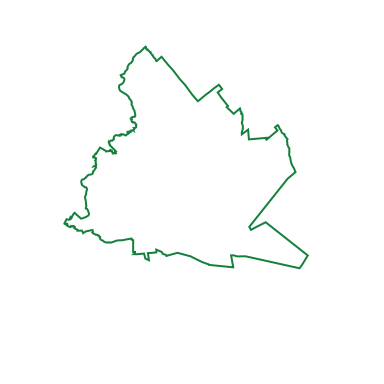 Hobart, Tasmania, Australia (orthographic projection), rotated 220°
{"feature_id": "25037944B41007206704884", "entity_name": "Hobart", "entity_type": "district", "adm_level": 2, "iso_a3": "AUS", "parent_name": "Australia", "parent_adm1": "Tasmania", "projection": "orthographic", "projection_center": [147.328, -42.894], "detail": "fine", "context": "isolated", "style": "outline", "palette": "green", "viewbox_px": 384, "rotation_deg": 220, "n_neighbors": 0, "source": "geoboundaries", "source_scale": "gbopen_adm2", "svg_char_len": 6014}
<svg xmlns="http://www.w3.org/2000/svg" viewBox="0 0 384 384"><g transform="rotate(220 192 192)"><path d="M62.5,217.8L116.1,216.2L120.1,206.9L122.5,200.9L125.7,202.1L127.3,263.7L125.5,273.8L126.3,274.0L128.0,275.1L129.1,275.7L132.1,276.7L133.4,277.3L136.1,279.1L139.2,281.8L140.7,282.2L142.5,284.2L143.0,285.2L143.8,285.8L144.9,287.4L145.7,288.1L147.0,288.3L148.1,289.0L149.4,289.5L151.2,291.6L152.2,292.1L152.8,293.9L153.2,294.1L154.6,294.0L156.1,294.6L157.4,294.7L157.8,295.0L158.0,295.6L158.5,295.8L160.1,295.2L161.4,295.2L163.8,296.6L165.3,296.8L168.5,298.3L169.3,298.3L170.0,294.9L166.1,294.0L168.5,280.0L169.5,280.2L169.5,281.6L182.2,268.9L189.1,275.8L190.9,268.2L191.9,269.3L192.8,271.0L193.7,273.2L195.4,275.1L196.3,275.8L196.9,276.1L197.2,276.5L198.2,276.8L198.7,277.7L198.8,278.5L199.6,279.4L199.9,280.3L201.0,281.2L201.7,282.3L203.4,283.9L204.3,283.4L204.5,283.4L204.8,283.8L205.0,284.7L205.2,284.9L206.6,284.9L207.7,286.0L209.0,286.8L210.3,278.7L220.0,279.3L219.7,281.0L230.2,283.1L236.3,284.8L235.4,288.8L235.1,290.3L240.3,291.4L241.8,285.7L242.9,279.6L243.9,275.8L245.5,266.8L245.9,265.3L254.4,266.7L266.3,269.6L273.7,270.6L284.9,273.1L291.7,274.0L302.3,276.0L303.2,269.6L303.6,269.4L305.9,270.5L307.8,270.5L308.6,270.9L309.8,271.1L309.9,271.5L310.4,271.4L311.3,271.5L311.8,271.8L313.0,271.8L313.7,272.5L314.3,272.1L315.7,272.5L317.2,272.1L317.7,272.6L318.0,272.2L318.6,272.1L319.0,272.2L320.5,273.5L321.0,273.5L321.1,273.0L321.0,272.2L321.4,271.0L321.3,269.8L321.6,268.1L321.6,266.6L322.0,265.0L322.7,263.8L322.7,263.6L323.1,262.7L323.3,261.5L323.2,258.3L323.4,257.9L323.2,257.8L323.0,255.9L322.4,255.5L322.0,255.0L321.8,253.7L321.7,251.5L322.3,250.0L322.3,248.7L321.8,246.2L320.8,245.5L320.6,244.8L320.4,243.4L320.7,242.1L320.7,241.1L320.0,239.9L320.0,239.2L320.3,238.3L320.9,237.1L321.2,236.9L321.8,235.7L319.7,234.7L319.0,235.2L317.5,235.5L316.7,235.3L316.0,234.7L315.2,232.9L315.0,231.8L315.0,230.2L316.2,227.2L316.0,226.3L315.5,225.6L313.5,223.9L312.5,223.5L310.9,223.5L305.1,224.4L303.1,224.4L301.3,224.1L300.2,223.3L297.8,223.0L296.2,222.4L295.9,221.8L295.2,221.4L295.0,221.1L295.0,220.8L294.7,220.6L294.3,220.0L293.9,219.8L292.5,219.4L290.7,218.1L288.4,217.3L285.4,215.0L284.2,213.6L284.3,212.7L284.7,212.4L284.8,212.4L285.5,211.6L286.1,210.3L285.9,209.7L286.3,209.1L286.1,208.7L285.6,208.7L285.0,209.0L284.6,208.9L284.6,208.3L284.2,207.7L282.9,207.1L281.9,207.4L282.0,207.8L281.7,207.9L281.3,207.8L280.6,208.3L280.4,208.1L278.2,207.9L277.8,207.6L277.6,206.9L277.3,206.8L276.4,205.7L276.7,205.2L276.6,204.9L277.4,204.0L276.9,204.0L276.9,203.8L277.0,203.6L276.8,203.4L276.8,203.0L276.6,203.0L276.1,202.5L276.7,202.7L277.0,202.0L276.4,201.6L276.7,201.6L277.1,201.1L277.6,199.7L277.4,199.3L277.5,199.1L277.9,199.0L278.2,199.5L278.2,199.8L278.4,199.7L278.4,198.5L278.0,198.3L277.9,197.0L278.1,196.7L278.4,196.7L279.7,197.2L279.9,197.0L280.1,196.7L280.1,196.4L279.8,196.2L278.6,195.9L278.4,195.8L278.4,195.2L279.1,193.6L278.9,193.0L279.2,192.7L280.9,192.3L281.6,192.0L281.8,191.6L282.4,191.5L282.7,190.9L282.9,191.0L283.0,190.4L283.0,190.0L283.5,190.2L283.9,190.1L283.9,189.8L283.3,189.0L283.7,188.5L284.2,188.8L284.4,188.6L284.7,188.2L284.8,187.9L286.2,187.2L287.1,186.2L287.2,185.4L287.2,183.9L286.9,183.3L285.9,182.5L285.7,181.9L286.1,181.6L286.0,180.9L286.1,180.1L286.4,179.8L287.3,179.3L287.5,177.2L287.4,176.6L287.8,176.7L287.6,176.4L285.4,175.6L285.5,175.2L285.0,175.0L277.2,174.4L277.1,174.0L276.2,174.0L276.3,173.7L277.0,173.7L277.0,173.4L276.3,173.3L276.2,173.1L275.2,172.7L275.5,172.2L276.6,172.5L276.8,172.1L276.5,172.0L277.5,170.5L280.0,172.1L280.7,171.1L281.5,171.8L281.8,171.4L281.5,170.4L283.9,167.8L284.7,168.1L291.0,166.9L290.0,159.6L290.6,159.4L290.1,155.9L290.5,155.8L290.4,155.2L290.0,155.0L288.6,155.7L288.7,155.8L288.3,156.1L287.3,156.2L287.2,155.8L286.7,155.3L286.5,154.3L286.2,154.5L285.8,154.0L285.9,153.9L284.9,153.1L284.3,152.0L283.8,152.0L283.2,151.2L282.8,151.2L282.6,150.8L282.6,150.4L283.7,148.9L283.7,148.6L282.9,149.7L281.8,149.5L281.7,149.3L281.3,149.2L281.1,148.8L281.2,148.2L280.8,145.4L281.0,144.3L280.8,144.0L280.8,143.7L280.3,143.2L280.0,142.2L280.0,141.8L280.6,140.5L282.1,138.9L282.4,138.4L282.4,137.5L282.6,137.2L282.5,136.3L282.7,135.5L282.6,134.3L282.8,134.0L283.1,132.3L284.2,130.7L284.1,129.9L283.6,128.8L282.2,127.6L281.7,127.5L281.1,126.7L277.1,126.8L276.7,126.9L276.3,127.5L276.0,127.6L274.5,126.9L273.9,126.2L273.0,124.0L272.3,123.2L271.5,121.9L271.4,121.0L270.6,119.1L268.1,117.3L267.5,116.6L265.9,115.3L265.2,114.3L264.5,114.0L263.5,112.6L263.1,111.6L262.9,111.2L262.5,111.1L262.1,111.4L261.4,111.6L259.6,110.9L259.0,110.4L256.9,109.2L256.5,108.4L256.3,107.6L256.5,106.5L257.4,104.2L259.0,101.5L260.0,100.2L262.3,100.4L262.8,100.2L263.9,100.5L266.4,100.4L268.1,100.7L268.6,100.6L268.5,98.1L267.9,95.6L269.0,95.2L268.8,93.9L267.5,94.1L267.5,93.7L267.7,92.9L268.4,91.7L268.8,91.3L270.4,90.7L270.6,90.5L269.5,85.8L269.3,85.7L267.5,86.2L267.4,86.4L267.6,87.2L267.2,87.5L266.7,87.3L266.4,86.0L266.3,85.9L262.8,86.7L262.5,87.1L262.8,88.3L261.2,88.8L261.3,89.5L260.8,89.8L259.3,90.0L259.1,89.1L258.8,88.6L255.4,89.5L255.2,89.4L255.0,88.8L254.9,88.7L251.5,91.7L248.9,90.5L248.0,93.6L243.8,98.9L242.4,97.9L242.1,97.3L242.2,96.8L241.8,96.7L241.1,96.7L239.6,97.3L238.6,97.2L238.0,97.5L237.5,98.2L237.1,98.3L236.1,98.1L235.8,98.3L235.7,98.7L235.3,98.8L234.3,98.3L233.6,98.4L233.6,98.0L233.3,97.6L232.7,97.6L231.9,97.0L230.8,96.9L230.4,96.9L229.1,97.5L227.1,97.4L224.8,98.5L224.2,98.9L223.7,99.6L222.7,100.2L222.8,100.4L221.3,101.4L219.8,104.0L218.7,106.1L216.1,108.8L214.6,109.9L212.6,112.5L208.4,117.5L208.0,117.3L207.6,116.7L206.1,117.3L204.7,115.6L198.5,108.2L197.1,109.4L196.3,108.5L196.6,107.0L193.8,109.3L189.2,114.0L184.9,111.0L181.1,112.1L186.5,116.8L182.4,120.8L180.5,122.9L182.3,124.9L176.5,126.7L174.8,125.8L170.7,127.3L170.4,126.8L164.1,136.0L152.0,141.7L139.0,144.9L132.4,147.4L132.1,147.1L112.0,160.8L121.3,168.6L119.5,170.2L116.0,171.7L109.6,177.2L60.6,202.7L60.9,207.1L62.5,217.8Z" fill="none" stroke="#15803d" stroke-width="2"/></g></svg>